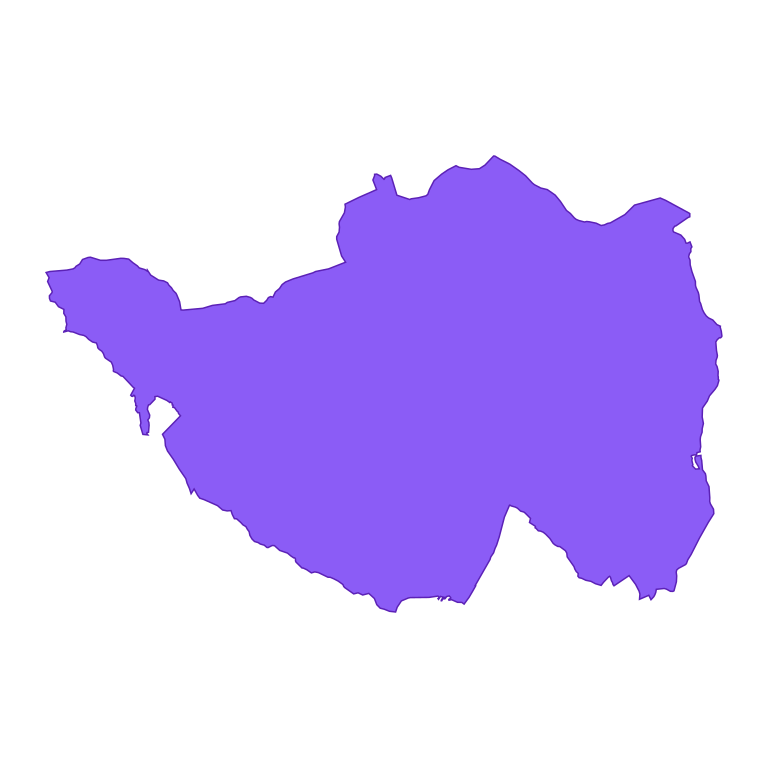 Garceni, Vaslui, Romania
{"feature_id": "2599482B9024502031895", "entity_name": "Garceni", "entity_type": "district", "adm_level": 2, "iso_a3": "ROU", "parent_name": "Romania", "parent_adm1": "Vaslui", "projection": "albers", "projection_center": [27.291, 46.752], "detail": "fine", "context": "isolated", "style": "filled", "palette": "violet", "viewbox_px": 768, "rotation_deg": 0, "n_neighbors": 0, "source": "geoboundaries", "source_scale": "gbopen_adm2", "svg_char_len": 6092}
<svg xmlns="http://www.w3.org/2000/svg" viewBox="0 0 768 768"><path d="M720.4,326.2L716.9,324.6L712.8,320.0L708.5,317.9L706.3,316.0L704.1,312.9L702.4,309.5L700.6,303.4L699.6,301.5L698.9,295.0L698.3,292.5L696.0,287.4L695.5,285.4L695.4,281.4L691.9,271.5L690.2,264.9L690.0,260.0L688.9,257.6L688.7,256.5L689.4,253.8L690.9,251.7L690.8,248.6L691.9,246.9L690.0,241.9L687.4,243.2L686.0,243.1L684.7,239.4L680.9,235.1L673.5,231.9L672.9,230.4L673.1,228.4L674.7,226.2L675.9,225.9L687.9,217.6L689.8,216.8L689.8,213.6L689.1,213.1L665.5,200.3L660.2,198.0L634.5,205.1L624.9,214.6L610.3,222.9L607.6,223.4L604.4,224.9L601.1,225.5L596.2,223.2L589.4,221.8L586.7,221.5L584.5,222.0L578.8,220.5L576.2,219.4L574.3,217.9L570.4,213.5L566.5,210.5L560.4,201.4L555.2,195.1L547.3,189.6L540.7,188.0L534.4,184.7L532.4,183.1L525.6,175.8L518.9,170.5L509.9,164.2L500.0,159.2L494.9,156.1L493.6,156.0L485.0,165.1L479.4,168.7L471.3,169.3L459.1,167.3L456.0,165.7L448.0,169.8L441.7,174.1L434.1,180.6L429.5,189.6L427.8,194.3L426.1,195.8L418.4,197.8L411.1,198.8L409.8,199.5L396.9,195.2L391.7,177.9L390.6,175.4L385.0,177.5L384.8,178.5L384.0,179.3L380.8,176.2L376.8,174.1L374.6,174.3L374.6,175.7L372.9,180.0L376.6,189.6L358.7,197.5L345.0,204.2L345.4,207.0L344.4,212.8L339.4,221.6L339.1,223.9L339.5,227.2L339.1,232.1L336.7,236.6L336.7,239.2L341.6,256.0L345.6,262.2L328.5,268.9L315.6,271.5L313.0,272.8L293.1,278.9L285.5,282.0L282.1,284.6L279.5,288.5L275.4,292.0L273.0,297.1L270.5,296.6L268.4,297.6L266.7,300.3L263.6,303.3L259.7,303.1L253.8,300.0L252.0,298.3L250.3,297.4L246.4,296.3L240.6,296.9L238.9,297.6L234.9,300.6L227.3,302.4L225.3,303.8L212.4,305.4L202.8,308.3L183.1,310.1L181.0,309.9L179.6,301.7L176.8,294.9L176.0,293.3L173.2,290.5L171.5,287.8L168.9,285.2L167.5,282.8L163.7,280.9L158.6,280.1L150.7,275.1L147.3,270.0L147.1,271.0L144.9,269.6L139.2,267.9L137.4,265.9L133.0,262.8L128.7,259.1L124.0,258.4L120.8,258.3L106.3,260.3L100.5,260.3L90.4,257.2L88.0,257.5L82.5,259.5L79.7,264.0L76.0,266.3L74.9,267.8L73.0,268.9L66.8,270.1L49.9,271.5L46.1,272.5L49.1,277.7L47.6,281.5L52.2,291.4L52.0,292.6L49.4,295.8L49.5,298.5L50.5,301.0L55.2,302.2L58.5,306.7L63.9,309.4L63.8,313.4L65.9,316.9L66.0,321.2L66.8,324.3L65.9,327.9L66.2,329.7L63.9,331.3L63.8,332.0L68.2,330.8L70.5,331.7L73.1,332.0L79.5,334.5L83.8,335.4L86.1,336.7L88.7,339.4L92.5,342.0L96.4,343.0L97.4,345.5L97.8,347.8L99.2,349.4L101.8,351.2L103.4,353.6L104.6,357.0L105.5,358.2L111.3,362.1L112.7,365.3L113.5,369.3L113.3,371.0L113.7,371.5L117.3,373.0L121.0,375.9L123.0,376.4L133.1,387.2L134.5,388.2L130.7,395.2L131.6,396.2L132.8,396.4L133.6,395.3L134.5,395.5L135.3,397.8L134.8,401.0L135.7,403.4L135.7,405.6L136.6,405.7L136.7,406.7L135.9,408.3L135.7,410.0L137.7,412.7L139.4,412.7L140.9,423.0L140.2,425.4L142.9,434.4L147.9,434.9L146.8,433.4L147.0,432.5L148.5,432.3L149.1,425.3L148.9,422.6L147.8,420.0L149.4,417.8L149.7,415.1L147.4,409.5L147.7,407.2L148.5,404.9L149.7,404.7L155.0,399.2L154.9,396.6L157.6,396.2L166.8,400.4L169.8,402.5L170.3,401.9L172.2,403.2L172.2,404.9L173.0,405.1L172.9,407.3L174.5,407.6L177.1,411.2L178.0,411.8L178.6,413.6L180.5,415.8L162.5,434.3L164.9,439.2L165.4,445.7L167.5,451.0L173.2,459.1L179.4,469.3L185.8,478.6L187.1,483.2L189.4,488.4L191.1,493.7L194.1,489.0L197.7,495.4L199.8,498.2L204.0,499.6L217.5,505.6L222.6,510.0L227.1,510.9L231.0,510.6L232.3,514.5L234.4,518.7L236.6,518.8L240.8,522.5L242.9,524.8L245.9,526.6L247.5,529.5L249.1,531.6L249.9,535.4L252.0,539.0L254.5,541.5L258.2,542.6L260.2,544.0L264.3,545.2L266.8,547.4L268.0,547.6L272.2,545.5L274.4,545.6L279.7,550.4L287.5,553.1L290.8,555.9L293.8,557.9L294.7,557.8L295.5,559.0L295.5,560.9L296.0,562.1L302.0,568.0L303.3,568.1L306.7,569.7L311.4,572.9L314.8,571.9L318.4,572.6L327.9,577.2L330.3,577.3L334.0,578.9L338.2,581.1L342.9,584.5L343.7,586.4L344.6,587.5L353.7,593.9L358.1,592.8L362.7,595.0L368.8,593.4L374.4,598.5L376.8,604.7L380.2,608.2L384.2,609.2L389.5,611.3L395.6,612.0L397.2,607.2L401.4,600.9L408.3,598.0L410.3,597.6L429.0,597.4L437.8,596.1L438.6,596.4L438.9,597.3L438.6,598.2L438.0,598.5L438.5,599.3L440.5,596.4L443.2,597.1L441.4,600.0L441.2,600.7L441.7,600.8L443.7,597.5L444.5,597.4L443.8,598.6L444.1,598.9L445.1,598.7L446.7,596.5L449.2,595.9L450.7,597.5L450.7,598.2L448.8,599.4L449.0,600.2L451.6,599.7L457.5,602.3L461.8,602.4L464.1,604.1L469.0,597.4L472.6,591.3L475.7,585.8L475.2,585.5L490.0,559.6L490.8,556.9L493.6,552.8L495.0,548.5L496.6,545.1L499.2,537.0L504.4,517.1L509.5,505.2L509.9,505.1L511.1,505.9L515.4,507.1L517.5,508.2L520.6,511.1L523.8,512.0L525.0,512.9L530.5,518.4L529.5,522.5L534.8,525.9L535.4,526.5L535.1,527.8L536.0,528.3L538.3,530.8L540.6,531.1L543.2,532.2L545.7,534.2L549.9,538.5L553.1,543.3L554.7,544.7L557.7,546.4L559.9,546.6L565.4,550.7L566.8,553.1L567.2,556.9L574.0,566.6L574.8,569.0L576.2,571.5L578.2,573.4L577.9,576.2L579.1,577.7L581.7,578.3L585.9,580.3L590.9,581.3L595.4,583.7L601.1,585.4L603.6,582.2L608.5,577.0L609.7,576.3L610.5,577.4L611.4,580.7L612.5,582.6L613.0,584.5L614.0,585.8L629.1,575.6L635.6,584.4L639.1,591.2L639.9,594.1L639.5,599.3L648.8,595.3L651.0,599.7L653.8,596.7L654.9,594.7L655.8,592.3L656.3,589.3L664.2,588.5L666.4,589.1L670.4,591.3L672.9,591.4L674.0,590.8L676.4,581.8L676.7,575.9L676.2,572.2L676.7,570.0L678.6,568.3L685.5,564.6L686.4,563.6L687.8,559.8L691.1,554.5L699.4,538.2L708.3,522.4L713.8,513.7L713.5,509.2L710.4,503.8L709.7,501.5L709.8,497.8L709.0,486.6L706.2,480.8L705.9,476.1L705.4,473.7L702.5,469.8L701.7,460.5L701.0,457.7L700.9,455.4L696.1,456.1L695.0,457.2L695.0,459.1L695.7,462.0L698.3,466.3L699.3,468.8L695.6,469.1L692.5,465.9L692.4,465.5L692.9,464.8L692.0,461.0L691.9,459.8L692.3,458.3L691.2,456.4L691.5,455.6L694.0,454.9L696.2,454.9L696.7,454.3L697.0,452.6L700.2,451.8L700.0,450.0L700.7,446.9L700.2,439.7L700.5,436.8L702.1,432.2L702.2,428.8L703.4,423.5L702.2,417.0L702.5,408.0L707.3,401.1L709.5,395.8L715.0,389.3L717.4,385.7L718.9,380.5L718.8,379.8L718.3,379.5L718.3,376.9L718.0,375.7L718.2,371.4L717.1,366.6L715.7,364.0L716.0,360.4L717.2,357.1L717.4,355.5L716.5,350.6L715.8,342.0L717.2,339.7L719.4,337.7L720.6,337.8L721.7,336.7L721.9,336.0L721.3,331.3L720.2,327.1L720.4,326.2Z" fill="#8b5cf6" stroke="#5b21b6" stroke-width="1.5"/></svg>